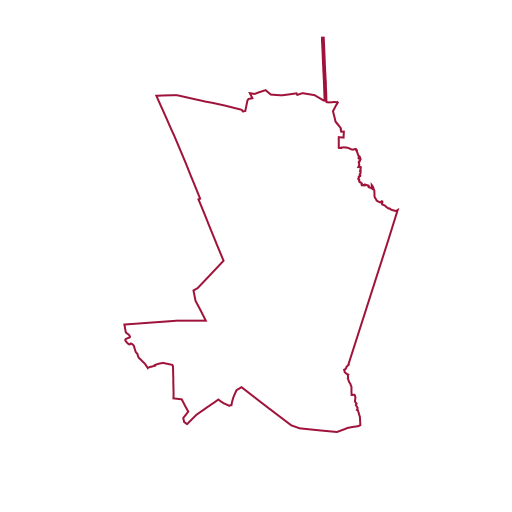 Aizkraukle, Aizkraukles, Latvia, rotated 344°
{"feature_id": "27541924B59656090985212", "entity_name": "Aizkraukle", "entity_type": "district", "adm_level": 2, "iso_a3": "LVA", "parent_name": "Latvia", "parent_adm1": "Aizkraukles", "projection": "mercator", "projection_center": [25.251, 56.596], "detail": "fine", "context": "isolated", "style": "outline", "palette": "rose", "viewbox_px": 512, "rotation_deg": 344, "n_neighbors": 0, "source": "geoboundaries", "source_scale": "gbopen_adm2", "svg_char_len": 5908}
<svg xmlns="http://www.w3.org/2000/svg" viewBox="0 0 512 512"><g transform="rotate(344 256 256)"><path d="M387.4,277.4L399.3,259.3L404.9,250.8L404.5,250.9L403.9,251.4L402.1,251.0L401.3,250.3L400.9,250.1L399.5,249.4L399.2,249.0L398.2,248.3L398.0,247.6L397.1,246.9L396.5,246.9L395.2,245.3L394.8,244.8L394.1,243.6L393.5,242.8L392.6,242.1L391.5,241.2L391.5,240.3L391.8,239.7L392.3,239.3L392.5,238.5L392.1,238.0L390.3,238.7L389.7,238.4L388.3,237.1L387.2,235.9L387.0,234.4L386.4,232.7L386.3,231.7L386.6,230.4L387.0,228.9L387.5,226.9L387.8,225.7L387.5,223.7L387.6,222.9L387.3,220.9L386.8,219.7L386.0,223.1L385.2,222.2L383.3,220.9L383.6,220.1L383.7,219.5L383.6,219.3L382.9,219.2L382.6,219.1L382.2,218.4L381.8,218.2L380.6,217.4L380.3,217.2L380.0,217.3L380.0,217.5L379.9,218.1L379.4,218.0L378.9,217.8L378.4,217.6L378.3,217.3L378.2,217.1L377.9,217.2L377.6,217.3L377.2,217.2L377.1,216.6L377.3,216.5L377.5,216.6L377.8,216.1L377.7,215.6L377.5,214.9L377.2,214.7L376.9,214.4L376.9,214.1L376.6,213.8L376.1,213.7L375.8,213.1L375.8,212.8L375.9,211.6L376.1,211.6L376.3,211.3L376.1,210.5L375.8,210.5L375.6,210.4L375.5,210.1L375.7,209.9L376.0,209.6L376.3,209.3L376.4,208.9L376.4,208.7L376.4,208.4L376.8,207.9L377.1,207.9L377.3,208.1L377.5,208.2L378.2,207.9L378.4,207.7L378.4,207.4L378.3,207.0L378.3,206.6L378.2,206.4L378.3,206.0L378.6,205.7L378.8,205.7L379.0,205.6L379.3,205.1L379.6,204.6L379.7,204.3L379.7,204.0L379.6,203.7L379.4,203.4L379.3,203.1L379.6,202.7L380.2,202.6L380.2,201.8L380.3,201.2L380.8,200.7L381.2,199.4L380.8,199.1L378.9,198.7L380.4,196.9L380.5,195.3L380.9,195.4L381.0,195.5L380.8,195.2L380.9,194.7L380.8,193.9L380.9,193.5L381.1,193.4L381.6,193.6L381.9,193.3L382.3,193.0L382.5,192.6L383.1,191.9L383.3,191.2L383.0,190.6L382.7,190.2L382.3,190.4L382.0,190.7L381.7,190.7L381.5,190.1L381.6,189.9L382.3,189.3L382.7,189.3L383.1,189.3L383.1,189.1L382.8,188.5L382.5,188.3L382.3,188.1L382.1,187.8L382.0,187.3L382.0,186.8L382.1,186.4L382.0,186.2L381.8,183.5L381.7,182.9L381.5,182.4L382.1,182.1L381.6,181.3L381.5,180.7L381.1,180.5L378.5,180.5L376.9,179.7L375.5,178.4L374.6,177.7L374.3,177.5L372.8,176.7L370.5,175.8L367.9,175.3L367.7,175.7L365.4,174.9L365.5,174.3L366.4,171.3L368.3,164.6L372.3,166.1L372.8,166.3L374.3,161.9L374.7,160.6L372.3,160.0L372.1,159.9L372.6,157.4L372.4,157.4L372.6,156.0L371.7,154.0L370.3,150.8L370.5,150.9L369.5,148.6L369.5,148.2L369.7,145.0L369.9,138.1L373.9,133.8L376.9,131.1L376.6,130.4L376.0,130.6L374.0,129.6L371.7,129.2L368.6,128.5L366.3,127.6L366.6,125.6L368.3,119.1L368.8,117.0L369.4,114.4L369.7,113.1L371.1,107.9L371.3,106.7L373.4,97.6L374.8,91.6L376.5,84.7L378.2,77.7L381.2,65.1L381.3,64.8L379.6,64.3L378.6,68.1L375.7,80.5L374.8,84.0L374.3,86.0L374.1,87.0L373.4,89.8L372.8,92.5L372.2,94.9L371.7,96.8L371.7,97.1L371.0,100.1L370.3,102.9L369.8,105.3L366.2,119.8L364.9,125.1L364.8,125.6L364.3,125.4L363.8,125.1L356.6,117.5L345.6,112.3L340.1,112.5L339.8,110.8L332.5,109.8L327.2,109.0L324.9,108.6L322.3,107.7L314.7,104.9L310.9,99.2L303.4,99.5L302.7,99.5L301.8,99.7L301.5,99.7L299.4,99.8L299.2,99.8L299.0,99.7L295.0,97.8L296.0,103.3L292.1,103.0L290.6,104.2L285.7,113.6L283.3,113.5L282.5,111.5L267.7,102.9L256.4,96.8L249.7,93.5L246.5,91.7L242.0,89.3L225.6,80.3L223.6,79.4L219.1,78.2L211.0,76.1L205.9,74.9L204.4,74.5L206.1,86.7L206.4,88.7L206.7,90.6L207.1,93.7L207.4,95.5L207.6,97.2L208.1,100.5L208.6,104.5L208.9,106.9L209.4,110.4L210.2,115.7L210.5,117.5L214.1,147.4L215.2,158.7L216.3,168.5L216.4,169.5L218.1,185.5L216.3,185.7L217.0,191.6L218.3,203.5L218.9,209.5L219.1,211.8L219.9,219.2L221.3,232.0L221.5,234.2L222.4,242.0L223.5,251.6L211.7,258.6L203.1,263.7L191.0,270.8L186.4,271.9L185.5,282.4L187.6,292.2L189.9,304.3L162.2,296.4L110.6,285.6L109.8,293.7L111.8,296.3L112.2,297.1L112.7,298.6L112.5,299.0L112.1,299.5L111.7,299.5L110.2,299.6L108.8,299.8L107.9,299.9L107.1,300.8L107.2,301.5L107.9,303.3L109.0,305.2L109.4,305.7L110.2,306.2L111.6,305.6L112.8,306.7L113.3,307.5L113.8,308.6L113.9,309.6L113.8,310.3L113.9,310.7L113.8,311.7L113.9,314.3L114.0,315.3L115.1,317.6L114.9,319.0L115.0,320.0L115.3,321.6L115.8,322.5L116.4,323.3L116.6,323.6L116.7,323.9L117.1,324.6L117.3,325.1L118.3,326.8L119.0,328.0L119.8,329.6L119.9,330.2L120.2,331.1L120.5,332.0L120.6,332.3L120.7,332.6L120.8,332.9L121.0,333.3L121.2,333.7L121.2,333.8L121.4,333.7L124.4,333.4L124.7,333.6L128.5,333.6L128.8,333.6L128.8,333.1L128.8,332.9L130.6,332.8L132.1,332.8L132.6,332.7L135.4,333.0L137.3,333.2L145.5,337.6L145.8,339.0L145.4,340.6L145.0,342.2L144.6,343.7L142.6,351.5L141.7,354.6L141.3,356.1L140.9,357.7L140.5,359.2L139.7,362.4L138.8,365.7L137.4,370.1L145.1,373.3L146.8,381.9L148.0,386.9L144.9,389.2L141.4,391.7L141.3,393.1L141.3,393.7L141.2,395.1L141.2,395.8L143.4,398.6L146.8,396.7L155.0,392.2L165.5,388.6L166.6,388.2L167.6,387.8L168.7,387.5L169.8,387.2L170.9,386.8L171.0,386.7L172.0,386.4L172.3,386.3L173.1,386.1L173.6,385.9L174.2,385.7L174.8,385.5L175.3,385.4L176.4,385.0L176.9,384.8L177.5,384.6L177.8,384.5L179.1,384.0L180.2,383.6L181.4,385.1L181.8,385.8L184.5,388.8L188.4,392.0L188.9,392.6L190.9,392.4L191.3,392.6L192.1,390.9L192.8,389.6L193.8,388.0L194.9,386.2L196.7,383.8L200.3,379.6L205.9,378.1L212.2,386.7L219.0,396.0L226.1,405.6L227.2,407.1L227.5,407.4L231.1,412.3L237.7,421.1L238.9,422.7L241.6,426.3L243.0,428.2L243.2,428.5L246.6,430.9L248.7,432.4L250.3,433.6L250.5,433.7L270.2,441.6L285.3,447.5L294.5,446.8L296.3,446.5L297.8,446.6L302.1,447.0L305.4,447.5L307.2,447.7L308.7,447.6L309.7,447.3L311.5,439.4L311.5,438.8L311.4,432.3L310.8,432.0L310.6,431.8L311.1,431.4L311.8,430.1L311.4,428.5L310.9,426.8L312.0,425.6L311.2,424.0L311.1,423.7L311.2,422.5L312.5,419.7L312.7,417.6L312.3,416.5L309.6,416.0L310.1,413.9L310.4,412.5L311.0,410.5L311.3,409.5L311.7,408.2L311.6,407.2L311.4,404.7L310.8,402.9L310.7,400.4L310.5,398.8L311.1,398.1L311.3,396.2L312.0,395.5L310.6,394.2L309.3,392.2L309.4,389.6L310.9,389.4L312.5,387.5L313.6,386.8L315.1,386.1L314.9,385.8L387.4,277.4Z" fill="none" stroke="#9f1239" stroke-width="2"/></g></svg>